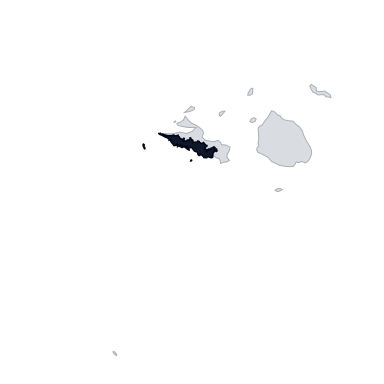 location of Macuata, Northern, Fiji, rotated 227°
{"feature_id": "14151628B42533076410957", "entity_name": "Macuata", "entity_type": "district", "adm_level": 2, "iso_a3": "FJI", "parent_name": "Fiji", "parent_adm1": "Northern", "projection": "robinson", "projection_center": [179.331, -16.232], "detail": "fine", "context": "in_parent", "style": "filled", "palette": "ink", "viewbox_px": 384, "rotation_deg": 227, "n_neighbors": 0, "source": "geoboundaries", "source_scale": "gbopen_adm2", "svg_char_len": 7881}
<svg xmlns="http://www.w3.org/2000/svg" viewBox="0 0 384 384"><g transform="rotate(227 192 192)"><path d="M180.1,270.1L180.1,272.3L181.4,273.3L182.7,273.5L185.8,277.7L190.7,281.4L193.7,284.1L193.9,286.5L193.0,289.1L194.3,293.6L194.9,298.3L197.1,305.7L194.0,307.1L189.2,307.3L188.1,308.6L186.4,307.9L182.4,308.4L178.6,310.9L174.9,314.2L170.7,314.2L166.0,314.9L161.3,314.4L157.9,312.6L152.1,310.7L144.2,309.1L141.0,307.7L138.3,305.5L135.8,300.1L135.4,297.4L135.8,294.8L138.0,293.9L140.0,292.6L140.2,290.9L141.1,289.7L142.2,289.3L142.7,288.5L141.9,285.7L141.7,283.2L146.2,278.5L151.2,274.6L159.9,271.0L165.2,271.3L173.4,268.5L176.0,267.2L178.7,268.0L180.1,270.1ZM255.3,209.8L248.7,216.4L246.3,219.9L244.3,223.7L238.6,227.8L236.2,233.3L236.4,238.8L242.0,233.0L248.3,228.3L250.3,227.3L252.2,227.4L252.1,229.0L251.2,230.6L250.5,234.8L252.1,238.7L247.4,238.3L242.8,238.6L237.3,240.8L231.9,241.7L229.9,241.8L227.9,241.0L226.7,239.9L225.7,237.3L224.7,236.9L220.4,237.1L214.0,242.1L211.8,246.5L209.4,246.7L206.5,245.8L202.9,249.1L198.7,250.3L196.9,247.5L195.7,244.0L194.2,241.5L189.6,240.8L190.3,237.7L191.5,236.4L192.6,234.6L193.3,232.5L195.5,233.8L197.8,234.7L200.4,233.1L203.0,233.0L205.7,228.4L209.8,225.5L215.5,223.3L221.4,221.6L224.4,221.3L227.3,220.4L232.3,216.1L235.7,213.8L239.3,212.5L242.8,211.7L246.1,212.4L248.7,212.1L255.3,209.0L255.3,209.8ZM189.3,350.5L189.3,352.6L183.7,354.1L181.8,352.3L180.6,352.0L177.2,355.1L176.3,356.4L175.9,357.4L175.1,357.9L168.9,359.4L166.2,357.9L168.0,356.9L170.3,354.8L172.5,355.1L174.8,353.2L177.1,350.3L180.3,349.6L182.6,348.5L186.3,349.3L189.3,350.5ZM255.3,249.6L252.0,251.5L250.8,249.7L252.3,245.3L255.3,240.7L255.2,244.4L255.3,249.6ZM226.8,306.8L226.4,307.2L222.6,303.2L222.8,301.6L223.4,300.2L224.9,298.8L226.3,301.1L227.4,304.9L226.8,306.8ZM204.0,288.0L201.8,288.9L200.5,285.9L202.3,282.8L204.2,282.5L205.1,285.6L204.0,288.0ZM230.0,269.9L228.6,271.2L227.9,264.3L229.4,264.4L230.5,265.1L231.1,266.8L230.0,269.9ZM134.4,258.8L132.1,259.7L133.3,255.7L134.6,254.5L135.4,254.2L136.7,253.9L136.2,256.7L134.4,258.8ZM128.8,26.0L127.1,26.5L124.3,26.1L123.8,25.3L124.7,25.1L126.5,24.6L128.7,24.9L129.1,25.4L128.8,26.0ZM255.3,228.4L254.7,228.5L254.6,227.5L255.3,225.8L255.3,228.4Z" fill="#d9dde1" stroke="#a8b0b8" stroke-width="1"/><path d="M209.6,239.0L209.6,238.8L210.3,238.5L210.4,236.9L210.9,236.2L211.0,235.8L211.1,235.6L210.7,235.1L210.8,234.9L210.7,234.8L210.8,234.7L211.1,234.5L211.0,233.9L211.3,233.8L211.3,233.7L211.1,233.6L211.3,233.5L211.6,233.2L211.8,233.2L211.7,233.0L211.4,232.7L211.5,232.3L211.5,232.2L211.9,231.9L211.5,231.6L211.5,231.4L211.6,231.1L211.4,231.1L210.9,230.7L210.9,230.3L211.5,230.8L211.9,230.5L211.9,231.0L212.0,231.2L212.6,231.1L212.6,231.4L212.1,231.6L212.3,232.2L212.4,231.7L212.8,231.9L213.1,231.6L213.0,231.4L213.1,231.2L213.3,231.3L213.4,231.1L213.4,230.6L213.5,230.4L214.1,230.5L213.9,230.8L214.0,231.0L214.4,231.0L214.5,231.1L214.9,230.7L215.4,230.8L215.4,231.0L215.6,231.2L215.6,231.6L215.6,231.8L215.8,231.8L215.6,231.9L215.6,232.1L215.8,232.2L216.3,232.3L216.4,232.8L216.3,233.3L216.1,233.5L216.0,233.8L215.8,233.4L215.6,233.6L215.3,233.6L215.3,233.9L215.5,234.1L215.5,234.4L215.9,234.3L216.2,234.0L216.4,234.2L217.0,234.2L217.2,233.9L217.4,233.8L217.6,234.0L217.8,234.2L218.0,234.1L218.2,233.7L218.4,233.7L218.8,233.8L219.1,234.1L219.4,234.2L219.9,234.1L220.3,234.2L220.4,233.8L220.5,233.5L220.5,233.4L220.7,233.0L220.6,232.7L220.7,232.2L221.0,231.8L221.6,231.7L222.0,231.8L223.2,231.1L223.5,231.2L223.9,231.7L224.3,231.7L224.7,231.4L224.9,231.4L225.3,231.0L225.4,230.9L225.2,230.7L225.3,230.3L225.3,230.0L225.0,229.9L224.8,229.6L225.3,229.1L225.5,229.1L225.7,228.8L226.1,228.6L226.1,228.4L226.7,227.9L227.3,226.9L227.3,226.5L227.6,226.8L229.0,226.8L229.0,227.1L228.8,227.1L228.6,227.3L228.6,227.5L228.8,227.6L229.2,227.4L229.2,227.8L229.5,227.9L230.5,227.5L230.7,227.3L231.0,227.5L231.5,227.4L232.2,227.9L232.8,227.7L232.9,227.2L232.3,227.1L232.0,226.5L231.9,225.9L231.7,225.8L232.0,225.4L232.4,225.2L232.6,224.3L232.9,224.3L233.2,223.9L233.1,223.6L233.2,223.3L232.8,223.1L232.8,222.9L233.2,222.6L233.1,222.2L233.7,221.9L233.8,221.8L233.6,221.8L233.9,221.5L234.1,221.5L234.3,221.2L234.5,221.1L234.6,220.9L234.8,220.9L234.8,220.7L234.7,220.6L235.1,220.4L235.2,220.2L235.4,220.4L235.3,220.5L235.1,220.8L235.1,221.4L235.2,221.5L235.7,221.5L235.5,222.0L235.8,221.6L236.1,221.6L236.0,222.3L236.4,222.9L236.9,222.7L236.7,222.0L236.9,221.6L236.8,221.4L236.9,221.2L237.0,220.9L237.1,221.0L237.3,220.8L237.4,220.3L237.8,220.4L238.0,220.1L238.5,220.2L238.6,219.8L239.2,219.5L239.8,220.0L240.1,220.0L240.5,220.2L241.2,220.2L241.5,220.0L242.0,220.2L242.4,220.1L242.6,220.3L242.8,220.3L243.0,220.5L243.1,220.3L243.1,219.8L243.4,219.7L243.7,219.3L243.7,218.9L243.9,218.5L244.1,218.4L244.2,218.2L244.6,218.1L244.9,217.9L245.0,217.7L245.4,217.6L245.5,217.5L245.9,217.0L246.3,217.3L246.6,216.5L246.6,216.1L246.9,216.1L247.1,215.8L247.1,215.5L247.7,214.6L248.3,214.4L248.3,214.0L248.5,213.8L248.6,213.6L248.8,213.6L249.1,213.2L249.7,212.9L250.7,211.9L251.3,211.7L252.0,211.4L252.3,211.1L252.3,210.7L252.5,210.8L252.7,210.5L253.0,210.6L253.8,210.3L254.0,210.1L254.0,209.9L254.3,209.7L254.4,209.8L255.0,209.6L255.3,209.2L255.3,208.2L255.0,208.2L254.7,208.5L253.4,209.0L252.7,209.1L249.7,210.2L248.4,211.1L247.7,211.0L247.4,211.0L247.1,211.3L246.0,211.4L245.9,211.2L245.8,210.7L245.5,210.5L245.4,210.8L245.4,212.2L244.8,212.1L244.7,211.6L244.1,211.5L243.9,211.7L243.7,211.1L243.3,210.9L238.1,210.5L237.6,211.1L237.3,211.9L237.5,212.3L237.5,212.6L237.2,213.1L237.2,213.4L237.5,213.9L237.5,214.0L237.0,213.9L236.9,212.9L236.7,212.5L236.3,212.5L236.0,212.9L235.9,213.6L236.3,213.8L236.3,214.0L236.1,214.2L235.5,214.1L235.4,213.4L235.1,213.3L234.9,212.9L234.7,213.8L234.8,214.8L234.5,214.5L234.5,214.3L234.2,214.1L233.3,214.3L233.1,214.7L233.7,215.0L233.7,215.5L233.3,215.3L233.0,215.9L232.8,215.2L232.4,215.2L232.5,215.8L232.3,215.7L232.2,215.4L232.3,215.0L232.0,214.7L231.8,214.8L231.1,215.3L231.0,216.0L230.7,216.6L230.6,217.1L230.6,217.6L230.1,217.2L229.9,217.3L229.7,217.5L229.4,217.4L229.0,217.5L229.0,217.9L229.1,218.2L228.8,218.7L229.1,219.3L229.1,219.6L228.9,219.6L228.8,219.2L228.6,219.1L228.4,219.2L228.4,219.5L227.9,219.3L227.4,219.3L226.8,219.7L226.7,220.3L226.4,220.3L226.1,220.6L226.1,220.8L225.6,221.0L225.1,221.8L224.7,222.0L224.3,222.4L223.5,222.5L223.2,222.2L222.8,222.2L222.4,221.8L221.6,222.1L221.3,222.0L221.1,222.3L220.9,222.2L221.0,222.0L220.8,221.7L220.2,221.7L218.8,222.4L218.1,223.3L217.0,222.9L215.3,221.9L213.8,222.1L213.4,222.6L213.6,223.4L213.9,224.1L213.1,224.3L209.8,224.4L209.0,224.2L208.6,224.9L208.2,224.9L207.6,225.5L207.3,225.8L207.3,226.0L207.0,226.5L207.5,227.1L207.3,227.5L207.0,227.8L206.3,228.2L205.9,228.5L205.2,228.6L203.9,229.4L203.4,230.3L203.3,230.8L203.6,231.0L204.1,231.1L204.4,231.3L204.4,231.7L204.3,231.9L204.9,232.5L205.0,232.6L205.2,232.9L205.7,233.2L205.8,233.1L205.8,233.3L205.9,233.6L206.0,233.5L206.1,233.8L206.0,234.1L206.0,234.4L206.1,235.0L206.5,235.5L206.8,236.2L206.7,236.3L206.6,236.2L206.3,236.5L206.2,236.8L206.2,237.2L205.7,237.2L205.1,237.4L204.9,237.9L205.1,238.5L205.4,238.7L205.6,238.6L205.8,238.8L206.0,238.8L206.5,238.8L206.8,239.2L207.1,238.9L207.1,238.7L207.6,238.5L207.6,238.3L207.8,238.0L208.2,238.2L208.3,238.1L208.4,238.3L208.7,238.4L208.8,238.7L209.1,238.8L209.0,239.0L209.6,239.0ZM228.2,217.8L227.8,217.6L227.5,217.8L226.5,217.8L225.5,218.2L224.8,218.3L224.6,218.5L225.4,218.9L225.8,219.4L227.3,219.2L228.2,218.5L228.2,217.8ZM259.2,187.8L256.0,186.7L255.8,186.8L256.1,187.4L256.6,187.8L257.6,187.8L258.3,188.2L259.2,189.3L260.2,189.1L260.2,188.9L260.0,188.5L259.2,187.8ZM257.3,207.5L255.6,207.9L255.3,208.2L255.3,209.2L255.9,208.7L256.7,208.4L256.8,208.5L256.9,208.1L257.4,207.7L257.3,207.5ZM215.7,213.4L216.0,213.2L215.9,212.9L215.8,212.5L215.6,212.2L215.2,212.8L215.4,213.4L215.7,213.4Z" fill="#0f172a" stroke="#020617" stroke-width="1.5"/></g></svg>